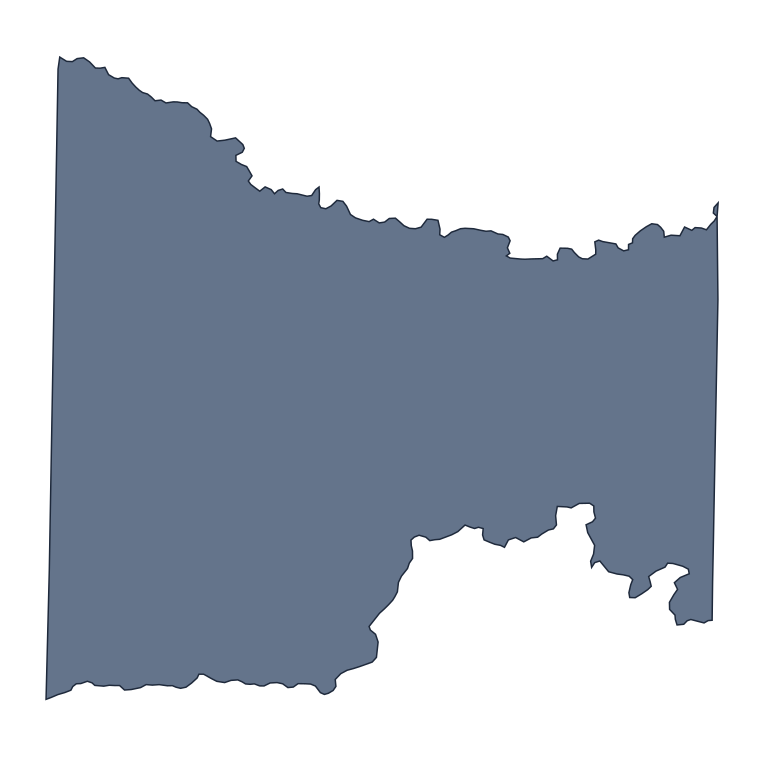 the district of Monte Negro, Rondônia, Brazil, rotated 271°
{"feature_id": "56859067B64772459385796", "entity_name": "Monte Negro", "entity_type": "district", "adm_level": 2, "iso_a3": "BRA", "parent_name": "Brazil", "parent_adm1": "Rondônia", "projection": "albers", "projection_center": [-63.371, -10.246], "detail": "fine", "context": "isolated", "style": "filled", "palette": "slate", "viewbox_px": 768, "rotation_deg": 271, "n_neighbors": 0, "source": "geoboundaries", "source_scale": "gbopen_adm2", "svg_char_len": 4094}
<svg xmlns="http://www.w3.org/2000/svg" viewBox="0 0 768 768"><g transform="rotate(271 384 384)"><path d="M62.8,51.6L64.8,56.7L67.8,63.4L69.9,70.2L72.4,76.3L76.1,78.1L78.9,81.6L79.2,86.1L81.6,92.6L80.1,97.3L77.6,100.1L77.0,109.1L78.0,114.6L77.8,120.3L77.9,124.9L73.5,129.9L74.1,136.6L76.2,145.9L79.3,151.4L78.9,157.6L79.5,164.5L78.5,172.7L78.7,177.7L77.2,181.4L76.2,185.9L77.4,191.3L81.6,196.8L86.8,202.3L90.6,204.0L90.7,208.7L86.4,216.7L83.8,222.0L82.7,229.9L85.0,236.2L85.6,243.0L83.7,247.4L81.7,250.8L81.4,255.4L81.9,259.6L80.0,264.9L80.0,269.3L83.1,275.4L83.6,282.3L82.5,287.9L78.8,293.2L79.4,298.6L82.9,303.3L82.9,310.8L82.7,315.9L80.8,320.7L74.3,325.8L72.6,329.8L73.8,333.8L76.7,338.5L80.8,341.2L87.7,340.4L93.6,345.8L97.1,352.0L99.0,358.5L101.1,364.7L105.8,377.1L110.5,381.2L125.9,382.6L133.6,379.9L137.7,374.7L141.3,373.3L154.7,383.5L159.2,388.3L163.3,392.3L167.9,396.4L171.4,398.5L176.4,401.0L185.9,401.9L192.2,404.8L199.9,410.7L205.3,412.4L210.1,415.6L217.5,415.4L222.8,414.1L228.4,413.7L231.5,417.0L233.4,421.7L231.6,428.5L228.2,432.5L229.2,437.5L229.7,442.4L234.4,454.3L237.7,460.4L244.4,467.5L242.5,472.4L241.1,477.1L242.4,480.9L241.2,485.7L234.8,485.2L229.9,486.8L227.6,492.5L225.7,497.6L224.7,503.3L222.8,507.3L230.3,511.1L232.8,518.3L228.6,526.5L232.7,533.9L233.5,540.3L236.7,544.3L240.9,551.0L242.1,555.9L246.1,558.9L255.3,557.9L264.6,559.4L264.3,569.1L263.4,573.3L268.0,581.3L268.4,591.7L265.7,595.9L259.8,596.1L253.6,597.8L249.9,594.9L246.8,588.5L238.9,590.3L226.4,597.4L217.6,596.5L210.4,593.7L204.3,594.8L209.1,597.8L210.8,602.9L200.2,611.9L198.1,620.3L197.4,626.4L196.1,632.5L192.7,636.1L187.6,634.2L179.6,632.5L174.8,633.4L174.7,638.9L178.8,645.4L183.0,651.3L186.4,654.7L190.8,653.6L196.1,652.0L201.7,659.3L205.8,668.2L209.8,670.7L209.6,676.0L207.0,685.9L204.2,691.5L199.6,692.5L195.7,683.6L190.4,677.8L183.8,681.1L178.4,677.5L170.7,673.2L163.6,673.5L158.0,679.0L153.8,679.4L148.2,681.2L149.0,687.9L152.6,691.3L153.9,694.9L152.0,702.7L150.7,708.2L153.1,712.2L153.5,716.2L191.9,716.0L235.8,716.1L253.3,716.1L345.3,716.2L474.4,716.4L557.3,714.1L552.7,711.3L549.4,708.0L543.8,703.7L545.5,698.6L545.8,692.3L543.0,689.1L546.2,681.8L537.4,677.3L537.8,668.4L535.7,661.7L541.6,661.0L545.5,657.9L548.2,654.7L548.9,648.9L545.8,643.5L541.6,637.6L537.0,632.5L533.6,630.1L529.5,630.0L527.8,626.1L522.5,626.1L521.3,621.3L524.2,615.7L528.1,613.4L530.2,600.2L531.6,596.1L529.8,592.3L521.8,593.4L517.5,593.4L512.5,585.7L512.7,580.1L514.5,576.4L518.8,572.0L522.1,569.3L522.9,565.1L522.9,557.7L516.8,555.1L511.2,555.3L510.0,550.9L514.6,544.5L512.1,540.5L511.6,528.9L511.2,522.8L511.3,518.8L512.1,508.0L514.2,504.1L516.9,507.5L522.3,505.0L529.4,507.6L533.1,505.7L535.6,500.2L536.0,495.3L539.0,488.3L538.5,483.3L539.4,477.9L540.8,470.9L541.1,462.3L540.6,457.8L538.5,453.0L537.0,448.8L534.1,445.5L531.7,441.8L534.2,437.1L539.8,437.3L548.6,435.1L549.5,428.9L549.5,424.2L541.5,418.4L539.8,412.8L540.1,406.8L542.6,401.2L546.3,397.0L550.0,392.5L549.6,386.4L545.9,381.8L545.0,376.4L548.6,370.6L546.1,366.3L547.3,359.8L549.6,352.6L552.9,347.5L561.1,343.5L565.9,339.7L566.8,333.8L561.1,328.0L558.2,322.8L559.2,317.7L563.0,315.6L566.8,316.1L573.1,316.1L579.8,315.6L577.1,312.2L571.2,308.4L570.4,303.8L572.7,293.8L572.9,289.0L573.8,282.6L577.2,279.3L575.7,274.8L572.3,271.2L576.4,267.8L579.0,261.7L574.6,256.4L577.6,252.2L581.2,247.3L584.6,244.8L589.8,248.4L594.4,245.7L599.0,242.9L601.0,237.6L604.0,232.2L610.0,231.9L613.3,238.3L617.2,240.2L620.9,238.7L627.5,231.3L625.0,220.6L624.0,212.9L628.3,206.3L636.1,207.1L641.4,205.1L645.6,203.0L649.6,198.9L652.5,195.1L655.5,192.2L657.9,186.9L661.7,182.7L661.7,177.2L662.4,172.3L662.4,168.3L661.2,161.1L664.0,156.1L663.2,150.1L666.8,146.4L669.8,142.5L671.2,137.5L673.5,134.1L676.7,130.5L680.5,126.9L685.3,123.3L685.7,116.5L684.5,112.8L685.2,109.0L688.5,103.2L695.7,99.4L694.8,94.6L694.9,89.9L700.9,84.0L704.9,78.0L704.0,71.5L700.9,66.8L701.1,61.0L705.2,54.1L693.2,52.6L654.9,52.6L384.4,52.6L289.3,52.6L281.8,52.6L191.6,52.6L62.8,51.6ZM557.3,714.1L570.9,714.9L566.3,710.9L560.7,710.3L557.3,714.1Z" fill="#64748b" stroke="#1e293b" stroke-width="1.5"/></g></svg>